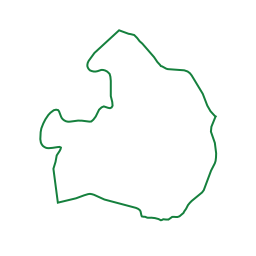 the border of Kinshasa City, rotated 79°
{"feature_id": "COD-1884", "entity_name": "Kinshasa City", "entity_type": "Neutral City", "adm_level": 1, "iso_a3": "COD", "parent_name": "Democratic Republic of the Congo", "parent_adm1": "", "projection": "natural_earth1", "projection_center": [15.874, -4.486], "detail": "fine", "context": "isolated", "style": "outline", "palette": "green", "viewbox_px": 256, "rotation_deg": 79, "n_neighbors": 0, "source": "natural_earth", "source_scale": "10m", "svg_char_len": 1796}
<svg xmlns="http://www.w3.org/2000/svg" viewBox="0 0 256 256"><g transform="rotate(79 128 128)"><path d="M30.4,118.1L35.6,109.5L36.4,107.4L37.9,104.2L41.3,101.9L45.1,100.0L47.8,97.9L63.4,88.9L68.8,86.6L72.2,84.5L73.5,83.9L74.0,82.8L77.1,79.1L77.8,77.7L82.1,61.8L83.9,58.7L86.0,56.8L88.5,55.5L108.7,48.1L114.8,47.0L121.1,45.9L127.3,43.8L132.7,40.5L133.4,39.7L133.8,40.1L142.7,45.9L147.4,47.3L159.2,45.6L169.7,46.3L173.6,47.2L177.0,48.3L179.2,49.5L185.7,54.6L203.5,65.5L205.4,67.6L211.7,79.3L213.2,81.5L215.1,83.8L218.4,86.4L220.6,88.7L222.0,89.8L224.5,94.3L224.8,96.3L224.5,98.0L224.0,99.8L223.7,101.6L225.6,105.8L225.0,108.5L224.3,110.8L224.8,112.4L224.8,113.4L223.2,115.4L221.6,118.7L220.5,122.2L220.0,125.1L219.7,126.2L218.4,128.2L218.1,129.6L217.7,130.6L217.5,131.2L216.7,131.5L212.2,131.6L210.7,132.2L209.2,133.6L207.9,135.5L193.7,164.8L187.1,174.1L186.1,176.0L185.4,177.9L185.3,179.8L185.7,183.8L187.1,192.5L187.9,211.1L153.8,209.0L147.4,205.6L141.3,203.2L137.5,199.5L135.8,198.2L134.4,197.6L133.5,198.8L133.3,201.0L133.1,205.7L132.7,209.6L132.2,211.4L131.7,212.4L130.7,213.7L129.3,215.0L127.6,215.8L125.7,216.3L122.2,216.2L115.3,214.5L111.8,213.1L107.4,210.3L103.7,207.4L100.0,203.7L98.2,201.2L96.4,197.5L96.3,195.1L97.1,193.2L98.6,192.5L103.8,191.6L105.4,191.2L106.9,190.4L108.4,189.1L109.6,187.5L110.4,185.6L110.7,183.6L111.2,175.7L112.0,171.9L114.4,164.6L114.6,162.8L113.2,160.4L110.6,157.5L104.5,152.9L102.7,150.0L102.2,147.6L104.4,143.7L105.1,141.9L104.7,140.2L103.2,138.9L99.5,138.5L93.4,138.8L78.5,135.9L74.4,135.5L71.5,135.7L69.9,136.7L68.4,137.9L67.1,139.6L66.3,141.3L65.9,143.2L66.4,147.0L66.4,149.0L66.0,150.9L65.2,152.7L64.2,154.3L62.7,155.3L61.1,155.9L59.4,156.1L57.8,155.7L56.2,155.0L54.5,153.7L47.9,146.6L30.4,118.1Z" fill="none" stroke="#15803d" stroke-width="2"/></g></svg>